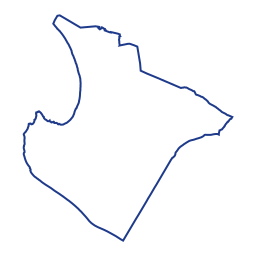 the district of Sechura, Piura, Peru
{"feature_id": "86281439B13089313750619", "entity_name": "Sechura", "entity_type": "district", "adm_level": 2, "iso_a3": "PER", "parent_name": "Peru", "parent_adm1": "Piura", "projection": "natural_earth1", "projection_center": [-80.698, -5.861], "detail": "fine", "context": "isolated", "style": "outline", "palette": "blue", "viewbox_px": 256, "rotation_deg": 0, "n_neighbors": 0, "source": "geoboundaries", "source_scale": "gbopen_adm2", "svg_char_len": 5510}
<svg xmlns="http://www.w3.org/2000/svg" viewBox="0 0 256 256"><path d="M224.8,113.4L222.5,112.3L221.6,111.8L221.1,111.2L219.6,110.0L218.8,109.5L218.1,108.8L216.5,107.7L215.6,106.8L214.7,106.5L214.3,106.3L213.9,105.9L213.5,105.7L210.2,104.0L209.6,103.6L208.6,102.7L208.3,102.2L207.8,101.4L206.2,99.9L205.9,99.6L204.4,98.6L203.7,97.9L202.9,97.3L202.2,96.9L201.4,96.8L201.1,96.7L200.2,96.1L198.0,95.2L197.5,95.0L196.5,94.8L196.2,94.7L195.9,94.4L195.7,94.1L194.6,91.8L194.4,91.4L194.2,91.2L193.1,91.1L192.5,90.6L192.0,90.4L191.4,90.0L189.0,89.0L187.6,88.1L186.4,87.5L185.3,87.5L184.7,87.3L184.2,87.3L183.1,87.7L181.9,87.7L181.0,88.0L157.2,77.8L146.8,73.5L140.7,70.7L140.1,63.4L137.3,46.6L134.4,45.4L129.9,43.8L128.0,43.8L119.6,45.5L119.7,45.3L119.3,43.0L119.3,41.7L119.2,40.7L119.0,39.9L119.0,39.7L119.4,38.1L119.3,37.2L119.3,36.5L120.2,36.2L119.8,35.6L119.8,34.4L118.0,33.7L112.0,32.3L111.0,32.1L111.0,32.5L109.7,32.3L105.2,30.6L105.5,30.2L104.7,29.9L104.8,28.9L104.1,28.8L104.0,28.6L103.3,28.4L103.1,28.0L102.0,27.4L101.9,27.7L101.9,27.9L100.9,28.3L100.8,28.8L100.7,28.9L100.4,28.9L99.9,29.3L99.6,29.0L99.2,28.7L98.8,28.6L98.6,28.4L98.5,28.2L98.9,28.2L99.1,28.2L99.3,26.9L95.5,26.3L80.5,27.6L59.8,15.4L59.5,15.4L57.4,15.8L54.6,20.5L54.5,20.9L53.3,23.7L54.1,24.7L54.9,25.8L55.6,26.6L56.8,28.0L57.2,28.7L57.5,29.0L58.0,29.3L59.0,30.5L59.8,31.1L60.0,31.4L60.3,31.8L60.7,32.4L61.2,32.9L61.7,33.6L62.1,34.1L63.8,36.5L64.2,37.2L64.6,37.7L65.4,39.0L65.9,40.0L66.7,41.3L66.9,41.7L67.6,43.0L68.4,44.1L68.6,44.5L69.0,45.2L69.4,46.2L70.2,47.7L71.6,50.9L71.6,51.1L71.8,52.2L72.3,54.0L72.5,54.3L72.6,54.7L73.3,55.9L74.2,58.4L74.7,59.3L74.8,60.0L75.3,61.2L75.3,61.5L75.5,61.9L75.8,63.1L76.0,63.6L76.4,64.1L76.8,65.7L77.0,66.5L77.3,67.6L77.6,68.2L77.8,70.1L78.3,71.7L78.4,72.4L78.7,73.2L79.0,74.2L79.5,75.4L79.7,76.0L79.9,77.3L80.1,77.8L80.3,78.6L80.4,80.6L80.5,81.9L80.6,82.8L80.6,84.4L80.5,85.4L80.6,86.2L80.4,88.0L80.4,90.2L80.2,91.6L80.1,92.1L80.1,93.0L79.9,96.1L79.5,99.1L79.1,100.6L79.1,101.1L78.8,102.5L78.5,103.4L76.9,106.9L76.8,107.6L76.7,107.6L76.1,108.4L76.0,108.8L75.6,109.1L75.5,109.5L74.7,111.4L74.0,114.1L73.5,115.0L73.2,115.9L72.8,116.7L72.4,117.2L71.8,118.0L71.3,118.5L70.6,119.5L69.1,120.9L68.7,121.2L67.8,122.0L66.6,122.9L65.5,123.3L64.0,124.1L63.0,124.6L62.5,124.6L60.9,124.7L60.0,124.4L59.8,124.3L59.6,124.0L59.4,124.1L59.0,124.1L58.6,124.3L58.2,124.3L57.9,124.1L57.9,123.9L57.8,123.6L57.1,123.3L56.6,122.9L55.3,123.0L54.6,123.0L54.2,122.9L54.0,122.7L53.9,122.5L54.0,122.0L53.7,121.7L51.8,122.4L51.3,122.4L51.2,122.3L51.0,121.9L50.7,121.6L50.2,121.6L49.7,121.2L49.6,120.6L49.0,121.1L48.0,121.2L47.6,121.1L47.1,120.7L46.3,119.9L45.7,119.7L45.3,119.5L44.1,118.3L43.9,117.8L43.9,117.2L43.8,116.8L43.5,116.6L43.1,116.5L42.4,115.1L41.6,113.8L41.4,113.6L41.2,113.5L41.1,113.4L41.0,113.0L39.9,112.0L39.4,111.8L39.3,111.5L39.2,111.4L38.7,111.4L38.2,111.9L37.8,111.8L37.6,112.0L37.4,112.0L37.2,112.1L36.9,112.2L36.7,112.4L36.6,112.7L36.3,112.6L36.2,112.6L36.2,112.8L36.3,113.0L36.1,113.3L36.0,113.8L36.3,114.6L36.3,115.3L36.4,115.5L36.4,115.9L36.0,117.0L35.9,117.9L35.4,119.1L35.0,119.6L34.7,119.6L34.4,119.9L34.6,120.3L34.3,121.2L34.2,121.8L33.6,122.9L33.1,123.5L32.6,124.0L31.8,124.3L31.5,124.3L31.2,124.2L30.8,123.6L30.6,123.5L30.0,123.5L29.6,123.8L28.9,123.8L28.7,124.0L28.7,124.5L28.5,126.3L27.9,127.5L27.8,128.3L27.7,128.7L26.7,130.2L25.8,131.7L25.3,132.2L24.9,132.5L23.7,134.2L23.9,135.0L24.4,136.3L24.6,137.3L24.5,138.1L24.6,138.6L24.5,139.1L24.4,140.0L24.4,141.4L24.5,141.7L24.5,142.4L24.6,143.4L24.6,144.1L24.4,144.8L24.0,145.4L24.0,146.4L23.7,146.9L23.7,147.0L23.8,148.5L24.5,151.0L24.5,152.0L24.5,152.3L24.1,152.6L23.9,152.9L23.8,153.5L23.7,154.1L23.8,154.5L24.7,157.5L24.8,158.0L25.0,158.6L25.6,160.4L26.1,161.6L26.6,162.7L27.5,164.2L28.3,165.4L29.5,166.8L29.8,167.4L29.9,167.7L29.8,168.2L30.5,169.2L30.6,169.6L30.6,169.9L30.3,170.3L30.3,170.6L30.6,171.1L30.9,172.2L31.9,173.6L32.3,174.1L32.6,174.4L33.5,175.5L34.7,176.7L36.1,177.6L36.7,178.2L38.1,179.1L39.0,179.9L39.7,180.3L40.7,181.1L41.6,181.9L42.4,182.5L45.3,184.5L50.7,187.9L51.7,188.6L52.1,188.9L54.5,190.7L59.1,193.7L63.5,196.8L66.7,199.2L68.0,200.2L68.7,200.6L72.2,203.4L75.6,206.3L77.3,207.9L77.7,208.2L78.6,209.1L79.7,210.3L81.1,211.6L83.6,214.4L85.8,216.8L87.3,218.6L87.7,219.1L89.4,221.2L91.4,223.1L93.3,224.5L94.9,225.6L98.4,227.4L100.8,228.4L104.0,229.8L107.3,231.4L111.5,233.7L115.8,236.1L121.1,239.5L123.1,240.6L136.1,218.7L138.5,214.8L141.3,210.1L146.7,201.0L147.9,198.8L150.9,193.9L154.8,187.2L156.3,184.8L170.8,160.1L172.0,158.3L172.3,157.8L173.2,157.4L174.8,155.7L175.3,154.5L175.5,152.9L175.8,152.3L176.6,151.4L177.4,150.3L178.7,148.4L180.1,147.0L181.3,146.1L183.1,144.9L183.8,144.3L186.9,142.3L189.3,140.9L191.1,140.3L193.8,139.7L196.4,138.8L198.5,138.2L201.0,137.4L202.2,136.8L203.4,136.1L204.1,135.4L204.5,135.0L205.1,134.8L205.8,134.8L207.6,134.9L209.2,134.9L210.7,134.9L213.9,134.2L215.7,134.0L217.5,134.0L218.8,134.6L218.8,133.9L218.9,133.3L219.2,132.0L219.3,131.3L219.4,131.0L219.5,130.4L219.8,130.3L220.6,130.1L221.0,129.7L221.6,129.4L222.0,129.4L222.5,128.8L222.8,128.3L223.0,128.1L223.2,127.8L223.9,127.2L224.2,126.4L224.4,126.2L224.6,126.2L225.0,125.6L225.3,124.7L225.8,124.1L226.0,123.8L226.4,123.5L227.0,122.5L227.3,122.2L227.8,122.1L227.9,121.6L228.1,121.4L229.1,120.6L229.4,119.9L230.0,119.2L230.4,119.0L231.0,118.9L231.4,118.6L231.5,118.3L231.7,118.1L231.8,117.7L232.3,117.0L230.4,116.2L229.2,115.7L228.1,115.2L227.6,115.2L227.2,115.0L225.7,113.9L224.8,113.4Z" fill="none" stroke="#1e3a8a" stroke-width="2"/></svg>